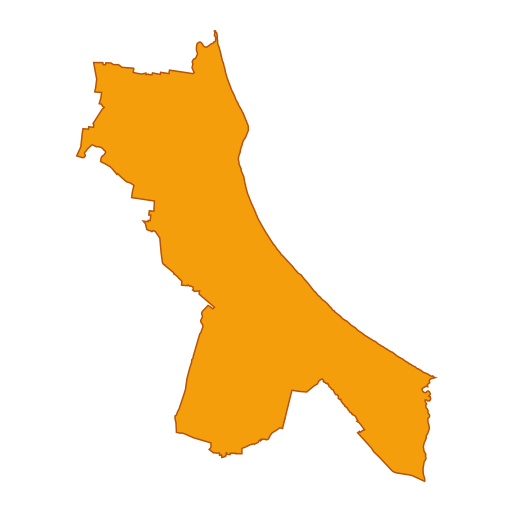 La Antigua, Veracruz, Mexico
{"feature_id": "50627088B44278957593951", "entity_name": "La Antigua", "entity_type": "district", "adm_level": 2, "iso_a3": "MEX", "parent_name": "Mexico", "parent_adm1": "Veracruz", "projection": "mercator", "projection_center": [-96.303, 19.318], "detail": "fine", "context": "isolated", "style": "filled", "palette": "amber", "viewbox_px": 512, "rotation_deg": 0, "n_neighbors": 0, "source": "geoboundaries", "source_scale": "gbopen_adm2", "svg_char_len": 6020}
<svg xmlns="http://www.w3.org/2000/svg" viewBox="0 0 512 512"><path d="M435.3,377.6L433.8,377.1L433.2,376.2L432.3,376.0L431.9,376.4L431.3,376.2L427.1,373.7L423.6,372.4L422.1,371.4L421.2,370.4L420.4,370.2L418.1,368.7L417.5,368.7L416.7,368.3L415.3,366.9L413.0,365.9L410.2,364.0L409.8,364.2L407.8,362.5L404.5,360.6L402.8,359.2L397.2,356.1L392.4,352.2L391.5,352.0L388.0,350.0L386.8,349.0L385.7,348.6L382.7,346.4L381.5,346.2L380.3,345.1L378.2,344.0L375.6,341.6L372.5,340.3L371.7,339.4L370.7,339.1L366.4,336.2L364.9,335.5L363.4,334.1L357.4,330.0L355.1,327.6L351.3,325.3L346.6,320.9L345.3,320.6L344.7,319.9L343.3,319.2L341.6,317.7L340.7,316.5L334.9,312.0L334.3,310.9L332.9,310.3L330.8,307.5L328.9,305.7L328.2,304.6L325.7,302.1L322.2,299.5L319.9,296.8L318.1,295.5L315.2,291.8L314.2,291.2L307.2,282.2L306.5,281.7L305.7,280.4L305.0,280.0L301.0,274.8L298.4,273.4L293.6,267.9L293.1,267.0L282.3,255.4L281.1,254.4L280.1,252.7L277.1,249.2L274.3,245.0L273.8,244.9L265.2,231.4L258.0,218.7L256.8,215.4L256.1,214.5L255.7,212.7L251.2,202.8L247.4,193.1L245.5,185.8L245.5,184.9L244.9,183.3L243.8,176.8L241.1,170.5L241.2,169.1L239.1,164.2L238.8,161.1L238.4,160.0L238.4,158.0L239.2,154.6L240.0,152.8L241.0,147.3L241.8,146.0L242.6,142.6L243.4,140.6L245.5,137.5L248.4,130.2L248.3,126.0L247.8,125.2L247.6,124.0L246.8,122.6L246.4,120.9L245.8,119.9L243.1,113.1L242.2,111.8L241.7,110.4L238.6,105.1L237.7,102.6L237.1,102.1L236.7,100.9L235.9,99.7L234.4,95.6L231.7,90.2L227.1,77.9L225.4,72.0L224.7,68.1L223.9,65.8L223.4,62.9L222.3,60.7L221.5,56.7L220.9,55.6L221.1,55.3L220.8,53.6L219.0,47.1L217.7,43.9L217.6,40.5L217.2,38.8L217.3,36.4L216.8,33.0L215.8,32.1L215.6,31.1L215.2,30.7L214.3,31.0L214.8,32.6L214.4,35.5L215.8,37.7L215.5,40.7L215.5,41.2L214.6,41.9L214.0,41.9L213.4,42.9L211.1,44.0L207.0,47.0L205.6,47.1L204.3,46.7L203.4,45.9L202.5,44.2L201.3,42.7L200.4,42.1L199.6,42.1L198.5,42.5L197.2,43.6L196.6,45.5L196.4,48.8L196.5,50.4L197.3,52.7L197.4,54.5L196.1,57.2L195.2,58.5L193.6,59.1L192.6,60.7L192.2,62.0L192.8,63.3L192.8,64.5L192.0,67.6L193.2,70.6L194.3,72.5L192.8,73.6L169.5,70.1L168.9,73.6L160.6,72.3L160.3,74.4L152.5,72.9L152.1,74.7L148.6,74.6L148.3,74.1L145.8,74.6L145.9,73.1L141.3,74.1L133.2,72.5L133.8,68.5L133.4,68.2L121.9,67.3L118.6,64.7L113.4,64.6L111.0,63.0L105.8,62.8L105.5,64.7L103.2,64.6L102.8,62.6L93.6,62.5L96.7,79.2L95.6,88.0L94.7,91.9L101.6,92.5L100.8,98.3L99.2,103.7L101.4,104.2L102.4,106.0L104.2,107.4L102.2,109.2L93.0,123.6L93.8,124.8L93.5,127.3L88.7,126.8L88.4,129.2L83.0,128.7L82.2,133.7L80.8,146.9L76.7,155.9L82.6,157.7L84.1,157.4L84.7,156.8L85.4,155.5L84.5,153.3L84.5,152.6L86.1,151.0L87.6,148.8L91.7,145.0L92.5,144.9L96.3,146.7L98.4,146.7L101.1,147.4L103.7,149.5L104.0,150.3L105.4,151.2L105.6,152.5L104.0,154.9L102.5,155.9L101.6,156.9L101.0,158.6L100.6,161.3L101.4,162.1L104.2,163.3L110.1,166.7L112.0,168.5L117.0,174.5L117.6,173.6L121.7,177.6L126.4,181.7L130.8,183.2L133.9,185.4L132.3,192.4L131.6,197.6L154.4,201.0L153.9,211.1L151.0,211.1L151.0,210.9L149.3,210.8L148.8,215.0L150.8,215.1L150.2,220.5L148.1,220.5L148.0,221.7L143.2,221.1L145.4,223.7L146.8,229.4L148.3,230.3L151.7,231.3L151.7,231.6L152.1,231.6L153.3,230.9L153.3,230.7L154.4,231.0L155.4,231.6L159.8,238.1L161.2,253.6L162.5,262.9L163.7,264.6L164.7,264.7L164.8,265.4L173.7,272.7L173.8,274.0L174.9,274.4L177.5,276.6L178.5,277.9L181.8,281.1L181.6,285.2L187.4,285.7L188.1,284.9L189.5,286.1L191.0,286.1L193.1,287.1L193.3,289.4L192.6,289.9L194.3,291.4L199.6,290.9L199.1,293.2L199.2,294.2L214.5,307.3L212.8,308.8L209.4,306.2L208.0,305.5L202.3,311.5L201.6,313.3L202.5,316.8L200.7,320.4L200.8,321.8L202.8,325.1L202.9,326.9L200.6,333.1L199.8,333.8L193.3,356.1L193.1,357.8L191.8,359.8L191.5,362.8L189.8,367.8L186.9,379.0L185.5,389.3L184.0,394.2L179.0,409.1L177.5,411.8L176.5,414.9L175.0,416.0L175.1,419.1L176.0,422.9L176.4,432.3L180.4,433.2L181.9,433.0L184.3,433.7L193.4,437.7L210.9,442.9L211.0,446.9L210.5,448.0L209.1,449.5L213.6,452.9L215.5,452.8L217.0,453.2L219.5,453.1L219.5,455.3L221.6,455.0L221.7,457.5L224.5,456.8L224.5,456.4L225.9,456.0L226.3,452.8L226.6,452.8L226.4,454.3L229.1,454.5L230.2,454.5L230.3,453.3L235.8,453.3L235.8,453.7L241.9,453.7L241.9,448.6L242.6,448.1L245.7,447.0L250.0,444.8L254.0,443.8L254.3,444.2L258.0,442.5L258.8,441.1L260.8,439.5L260.7,440.6L262.3,439.3L264.4,439.1L266.2,439.8L267.9,439.4L268.5,438.9L270.3,435.2L272.2,432.8L276.8,430.0L279.7,427.8L282.5,428.5L284.8,419.0L285.1,418.9L285.1,417.9L291.9,390.3L300.1,391.5L306.7,392.0L314.2,385.8L317.4,383.9L318.9,381.0L320.8,379.6L322.3,378.9L323.9,381.3L323.4,381.5L323.5,381.8L325.2,382.5L325.8,383.3L326.8,383.4L327.3,383.9L327.7,383.5L327.8,383.6L328.3,384.2L329.2,386.8L330.7,387.5L330.9,388.4L332.1,389.5L333.2,390.0L334.4,392.7L335.8,394.7L337.3,394.7L337.8,395.6L338.2,395.8L338.3,398.4L339.7,399.5L340.8,399.2L340.8,400.1L341.3,401.4L343.4,404.2L344.5,405.0L344.8,406.2L345.4,406.3L346.3,407.3L347.1,407.6L347.0,407.9L347.5,408.8L348.1,409.2L348.5,410.4L349.2,410.9L350.2,412.6L351.1,412.6L351.8,413.3L351.8,413.8L352.4,414.6L352.6,414.5L355.3,416.1L357.3,420.0L357.8,420.3L357.8,420.8L356.9,421.3L359.3,422.8L364.6,429.8L362.7,430.4L360.1,432.4L359.8,432.3L359.5,431.4L357.6,432.7L371.2,447.8L373.8,451.8L379.1,456.9L391.7,470.4L393.3,471.7L396.5,472.9L409.3,474.9L412.2,475.6L424.6,481.3L424.8,480.9L424.7,479.0L423.3,473.8L423.0,469.1L424.1,462.0L425.8,459.2L426.0,458.2L425.6,456.7L425.7,453.9L424.4,452.2L424.4,451.5L423.8,450.5L423.8,449.1L423.3,447.3L424.0,443.4L426.3,438.0L426.2,435.6L427.5,434.0L429.4,428.4L429.0,425.7L428.0,422.2L427.8,419.8L428.2,418.0L429.3,417.1L429.6,416.0L429.4,414.7L428.6,414.0L427.9,412.3L427.8,411.7L428.1,411.1L427.8,410.1L427.0,408.6L426.0,407.7L425.8,404.8L426.7,404.1L425.0,401.2L425.2,399.9L426.2,399.8L427.7,400.9L429.5,400.9L430.6,399.4L430.6,398.1L430.1,396.6L428.7,396.2L430.4,394.1L429.4,391.8L428.2,390.9L427.2,391.1L426.5,392.2L425.3,392.7L423.7,392.2L422.7,391.3L421.9,388.8L426.0,386.2L427.7,386.8L427.5,384.4L429.7,382.8L429.2,380.8L429.9,379.4L431.7,378.6L435.3,377.6Z" fill="#f59e0b" stroke="#b45309" stroke-width="1.5"/></svg>